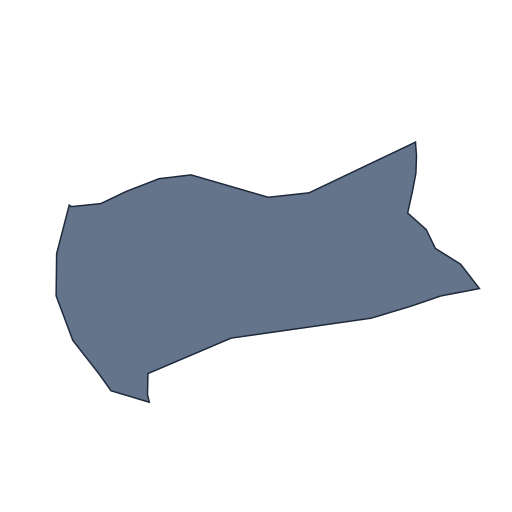 Bunia, Orientale, Democratic Republic of the Congo, rotated 252°
{"feature_id": "63176286B65216379244562", "entity_name": "Bunia", "entity_type": "district", "adm_level": 2, "iso_a3": "COD", "parent_name": "Democratic Republic of the Congo", "parent_adm1": "Orientale", "projection": "equal_earth", "projection_center": [30.259, 1.541], "detail": "fine", "context": "isolated", "style": "filled", "palette": "slate", "viewbox_px": 512, "rotation_deg": 252, "n_neighbors": 0, "source": "geoboundaries", "source_scale": "gbopen_adm2", "svg_char_len": 559}
<svg xmlns="http://www.w3.org/2000/svg" viewBox="0 0 512 512"><g transform="rotate(252 256 256)"><path d="M362.1,94.1L319.8,67.1L279.9,53.6L232.4,55.7L192.5,70.2L172.6,76.5L149.9,109.3L157.8,110.0L177.6,116.9L185.6,207.0L161.3,346.3L160.9,364.6L160.4,387.4L160.9,419.4L156.0,458.4L184.9,448.1L207.8,428.9L228.4,426.1L250.0,413.5L269.2,424.8L285.4,433.7L301.7,439.6L315.1,442.9L314.8,441.2L310.3,406.7L299.7,326.0L308.1,285.7L353.2,219.3L359.5,187.7L357.6,153.2L353.8,124.5L360.0,95.7L362.1,94.1Z" fill="#64748b" stroke="#1e293b" stroke-width="1.5"/></g></svg>